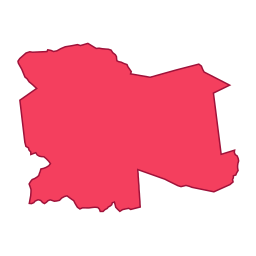 outline of Sousa, Paraíba, Brazil, rotated 271°
{"feature_id": "56859067B56829642718172", "entity_name": "Sousa", "entity_type": "district", "adm_level": 2, "iso_a3": "BRA", "parent_name": "Brazil", "parent_adm1": "Paraíba", "projection": "robinson", "projection_center": [-38.258, -6.752], "detail": "fine", "context": "isolated", "style": "filled", "palette": "rose", "viewbox_px": 256, "rotation_deg": 271, "n_neighbors": 0, "source": "geoboundaries", "source_scale": "gbopen_adm2", "svg_char_len": 2150}
<svg xmlns="http://www.w3.org/2000/svg" viewBox="0 0 256 256"><g transform="rotate(271 128 128)"><path d="M49.2,141.6L52.3,141.3L54.6,141.2L56.8,141.0L60.1,140.7L62.8,140.5L64.7,140.3L66.6,140.1L68.5,140.0L70.7,139.9L73.4,139.6L75.4,139.4L77.4,139.3L80.0,139.0L82.6,138.9L84.7,138.6L86.6,138.5L77.4,165.9L75.9,168.9L73.2,174.7L71.2,178.9L70.3,182.0L71.6,187.0L70.8,190.3L69.8,193.0L65.7,215.0L73.2,230.9L75.9,234.0L78.3,233.4L80.0,234.2L82.1,234.2L82.9,236.6L84.8,237.3L87.4,238.8L89.9,238.3L92.1,238.2L94.5,238.5L97.0,239.2L99.5,238.7L102.0,237.6L103.2,235.7L105.5,234.7L107.7,235.0L103.3,221.6L147.9,215.2L164.4,212.8L165.9,215.7L172.6,228.9L185.3,203.1L187.8,201.7L191.2,200.3L193.1,197.7L186.8,175.0L179.1,149.2L182.2,129.6L184.4,130.3L186.8,128.6L189.3,126.8L191.4,125.9L192.4,122.9L193.7,120.0L194.2,117.4L195.1,115.7L197.1,115.4L199.2,115.2L201.0,114.1L203.1,111.4L205.6,109.7L206.4,107.0L206.6,103.7L206.8,101.0L207.3,97.7L207.0,94.8L211.9,86.4L209.6,79.0L210.5,76.1L209.2,69.9L208.8,67.6L208.1,63.8L206.2,59.5L203.9,55.5L203.2,52.2L204.2,49.7L204.8,46.4L203.0,45.6L202.1,31.2L202.5,28.4L201.2,24.7L195.6,18.6L192.9,16.8L191.0,17.2L188.7,18.5L184.8,20.8L177.1,24.1L175.6,26.1L172.4,28.4L169.7,31.8L167.5,34.2L166.0,36.0L153.9,19.4L112.0,25.1L109.9,25.7L107.9,26.2L106.4,28.8L104.3,29.4L102.3,31.2L99.8,31.3L100.8,33.8L101.7,36.2L99.5,37.7L98.3,39.8L97.9,41.9L97.8,44.4L95.9,46.8L93.5,49.2L91.0,51.1L88.8,49.4L87.2,46.8L86.2,44.4L85.5,41.6L82.8,40.9L81.0,40.2L78.9,39.6L77.5,38.1L75.8,35.5L74.8,33.1L72.9,31.6L70.3,30.1L67.2,31.3L64.7,32.1L62.2,32.1L58.7,31.9L50.9,30.6L50.7,32.8L51.7,35.1L53.3,36.4L54.7,39.3L54.1,41.9L52.0,43.9L51.0,45.8L52.3,47.7L53.9,49.2L54.8,51.4L54.2,53.5L53.5,55.6L53.8,58.0L54.5,60.8L56.8,62.9L58.4,65.7L59.1,68.2L57.5,70.4L55.9,72.7L54.4,75.0L51.7,76.4L49.9,77.5L47.9,78.8L46.2,81.3L47.4,83.9L47.4,87.2L47.4,90.3L47.9,93.6L48.2,96.2L48.0,99.2L46.4,100.8L44.1,101.7L44.1,104.5L46.0,106.4L47.2,108.6L48.7,109.7L49.6,111.4L51.0,113.1L53.0,113.6L53.7,115.7L51.0,116.5L48.6,117.1L46.8,118.8L44.5,121.3L46.3,124.0L47.1,127.2L47.7,130.2L46.6,132.1L49.2,141.6Z" fill="#f43f5e" stroke="#9f1239" stroke-width="1.5"/></g></svg>